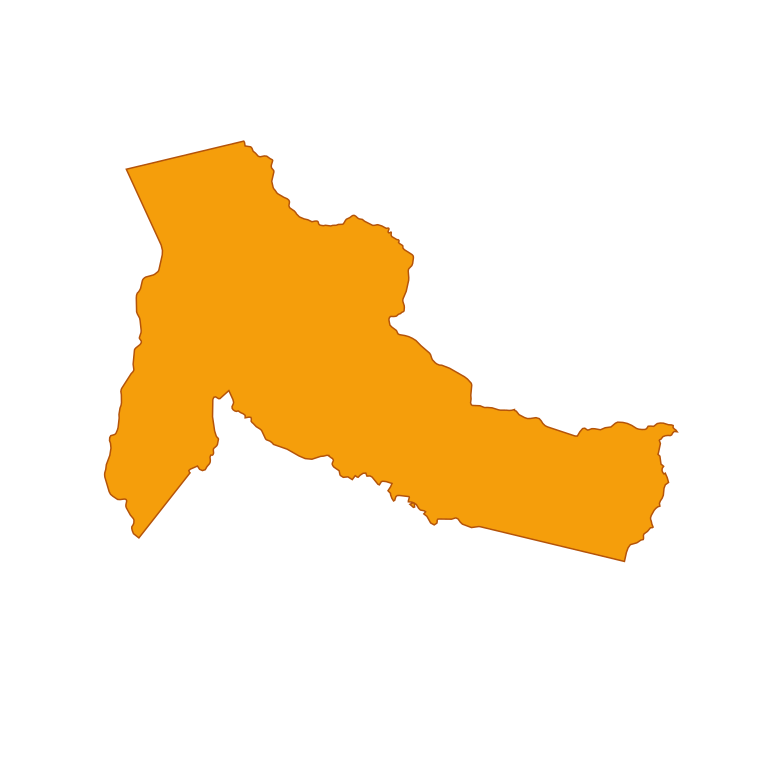 the border of Sangha, rotated 193°
{"feature_id": "COG-2880", "entity_name": "Sangha", "entity_type": "Region", "adm_level": 1, "iso_a3": "COG", "parent_name": "Republic of the Congo", "parent_adm1": "", "projection": "orthographic", "projection_center": [15.265, 1.384], "detail": "fine", "context": "isolated", "style": "filled", "palette": "amber", "viewbox_px": 768, "rotation_deg": 193, "n_neighbors": 0, "source": "natural_earth", "source_scale": "10m", "svg_char_len": 6123}
<svg xmlns="http://www.w3.org/2000/svg" viewBox="0 0 768 768"><g transform="rotate(193 384 384)"><path d="M89.9,360.4L87.0,356.5L84.6,352.1L87.2,349.1L87.7,345.4L86.8,338.4L87.3,335.2L88.4,332.3L88.8,329.7L87.7,327.0L89.6,325.9L91.2,323.9L92.4,321.6L94.0,316.0L94.2,313.5L93.6,311.7L92.8,310.6L91.5,307.8L89.6,305.1L90.2,304.4L92.0,303.9L94.1,299.7L96.9,296.5L97.2,294.9L96.4,292.1L96.4,290.8L98.6,289.7L101.4,286.6L102.3,285.9L107.8,282.9L109.3,279.3L109.9,274.4L109.8,265.2L258.3,266.6L259.7,266.4L266.5,263.8L276.1,265.1L278.5,266.5L281.5,269.2L283.7,269.7L284.5,269.4L287.7,267.5L299.7,264.9L301.1,264.5L301.6,263.1L301.2,261.7L301.2,260.3L303.4,258.0L307.3,259.1L312.4,264.7L316.0,266.4L314.7,268.8L316.2,269.5L320.2,269.4L322.3,270.7L325.3,273.8L327.6,274.7L326.5,271.0L327.6,270.4L331.7,272.6L329.6,274.3L328.6,274.7L330.1,275.2L333.8,274.7L334.0,275.8L333.8,279.2L334.3,279.9L343.7,278.9L346.0,278.3L347.1,276.9L347.4,273.1L348.4,272.2L350.6,274.4L352.6,277.4L353.1,278.9L356.1,280.9L354.5,285.2L353.8,288.9L359.9,289.4L363.2,289.0L364.6,288.3L365.8,284.7L367.3,284.9L374.6,290.6L376.9,291.3L379.9,290.4L381.7,293.1L384.3,292.3L386.7,289.8L388.2,287.3L389.2,287.3L391.4,288.2L393.4,283.7L398.3,285.4L402.7,283.9L406.0,285.1L406.7,286.1L408.2,289.4L414.2,291.8L415.4,292.8L416.3,293.9L416.6,295.1L416.1,297.9L416.3,298.6L417.5,299.9L418.3,300.0L421.9,301.6L421.8,301.9L423.6,301.7L426.5,300.2L429.5,299.2L437.3,294.5L444.0,293.6L450.7,294.8L463.7,298.7L478.2,300.3L478.9,301.0L480.5,301.9L482.4,302.7L486.0,303.2L487.1,303.9L492.9,311.3L494.8,312.3L498.9,313.7L502.5,316.1L504.0,316.9L505.1,317.9L505.4,320.2L506.2,321.5L508.0,321.4L511.7,319.8L512.2,322.2L514.4,323.3L517.4,323.9L520.0,325.0L521.6,324.1L523.4,324.2L525.1,324.9L526.4,326.0L527.0,327.8L526.4,330.7L526.4,332.3L527.7,334.9L533.7,342.7L540.6,332.8L541.9,332.5L545.2,333.6L546.8,332.8L547.3,330.4L543.7,313.5L538.5,300.2L535.8,295.6L534.5,294.4L533.5,293.9L532.9,293.1L532.7,287.5L533.2,286.0L535.5,282.8L535.5,281.4L534.5,278.4L534.7,276.8L535.2,276.1L536.8,275.7L537.1,273.6L536.1,270.8L535.8,268.9L536.1,267.1L537.9,263.7L538.9,260.3L541.4,258.8L544.5,259.4L547.3,262.1L553.5,257.5L554.7,255.8L553.9,254.4L553.0,253.8L588.2,178.9L594.4,181.8L596.3,184.5L597.3,186.6L597.6,188.1L596.7,190.7L596.5,192.4L597.0,195.1L597.9,196.4L601.7,199.3L607.2,205.4L608.0,206.8L608.3,208.2L608.4,212.2L609.2,213.4L610.4,213.6L611.4,213.4L615.1,212.0L617.6,211.6L622.9,213.6L625.6,215.0L627.6,217.3L635.1,230.6L635.8,232.7L636.1,234.5L635.9,238.2L636.4,243.0L635.1,252.8L635.6,260.1L637.2,264.8L638.7,267.1L639.2,270.1L638.6,272.2L635.7,273.8L634.7,274.6L634.1,275.6L633.4,279.4L633.3,281.8L634.4,291.3L635.4,294.8L635.8,301.1L635.4,304.2L635.6,306.8L637.5,314.5L638.7,317.5L638.8,319.6L638.5,321.0L632.7,337.2L631.2,339.8L630.9,341.5L632.9,346.9L634.8,361.1L634.5,362.3L633.8,363.5L630.6,367.5L630.1,368.7L629.8,370.2L630.3,371.4L632.5,373.3L632.8,374.3L632.3,379.6L632.7,381.7L635.9,390.9L637.0,393.3L640.1,396.8L641.3,398.7L644.7,412.1L645.1,414.9L644.8,417.1L644.0,418.3L643.3,420.0L642.7,422.3L642.7,430.2L642.5,431.4L642.0,432.5L641.2,433.6L640.2,434.6L633.2,438.4L632.0,439.5L629.4,442.8L629.0,444.7L629.1,460.0L629.9,464.3L632.4,469.3L683.4,535.3L575.3,589.1L574.3,588.1L572.9,584.7L567.6,585.1L566.6,584.8L565.6,583.9L563.9,581.4L561.1,580.0L557.9,577.7L556.4,577.5L555.6,577.6L551.9,579.3L549.5,579.6L545.7,578.0L543.4,577.4L542.9,577.0L542.7,576.6L543.0,571.8L542.7,570.3L542.0,569.1L539.5,567.2L539.0,565.9L539.0,556.3L536.3,550.7L535.4,549.5L533.5,548.1L531.4,546.1L530.1,545.4L523.7,543.4L520.0,542.7L518.4,541.9L517.8,541.4L517.0,540.1L516.8,536.4L516.0,535.1L515.5,534.5L514.1,533.9L510.3,532.4L508.5,531.1L507.5,530.0L504.0,527.8L499.0,526.9L495.2,526.9L490.7,525.9L487.9,527.2L486.4,527.6L485.4,527.6L484.7,527.2L483.5,525.1L482.4,524.5L481.2,524.4L478.7,524.6L476.7,525.5L471.5,526.0L469.5,527.1L466.3,527.9L464.4,529.2L460.3,530.3L459.7,530.9L459.1,532.3L458.4,534.7L457.7,536.1L454.8,538.4L452.7,540.9L451.8,541.4L450.8,541.6L449.2,541.1L446.8,539.7L445.2,539.3L442.1,539.5L439.5,538.2L430.6,536.0L428.6,536.6L426.4,537.7L425.4,537.8L421.6,537.5L416.9,536.2L414.9,536.9L414.3,536.7L414.0,536.1L414.3,533.5L414.1,532.9L413.5,532.4L412.9,532.4L411.4,533.6L411.0,533.3L410.6,530.7L409.6,529.4L403.9,527.6L402.6,527.8L401.8,527.3L401.5,526.8L401.6,525.1L400.1,524.2L397.7,523.4L396.8,522.9L396.1,520.7L394.5,519.5L385.8,516.4L384.9,515.8L384.2,515.1L383.7,513.5L383.2,507.9L383.5,505.7L385.7,502.0L385.9,501.2L385.8,499.5L383.8,493.2L383.3,490.6L383.2,479.4L384.6,471.4L384.6,470.1L384.2,468.7L381.9,464.8L381.4,463.2L380.9,459.8L381.4,458.9L382.9,457.7L383.7,456.4L385.6,455.2L387.0,453.2L387.6,452.7L389.8,451.9L392.5,451.4L393.1,451.0L393.7,449.6L393.8,448.4L393.4,447.0L391.5,442.8L389.3,441.3L383.9,438.9L381.7,436.1L380.6,435.7L379.4,435.6L374.5,435.9L370.5,435.7L366.6,434.9L362.6,433.5L356.7,429.7L346.5,424.3L345.2,423.0L343.4,420.0L342.3,418.5L338.9,416.2L337.0,415.4L334.3,414.9L331.9,415.3L323.6,414.1L307.1,409.1L303.8,407.6L299.2,404.4L298.6,403.4L298.2,402.3L296.9,392.6L295.8,389.0L295.4,385.1L294.5,383.7L293.8,383.2L293.0,383.0L285.6,384.4L281.1,383.7L280.2,383.8L278.0,384.4L273.3,385.1L266.6,384.6L264.7,384.7L258.9,386.0L256.0,386.4L253.5,387.2L251.1,388.5L250.8,387.6L249.0,387.3L245.5,384.5L239.5,382.9L236.5,382.6L233.7,383.3L228.3,385.4L225.0,385.2L222.6,383.5L220.4,381.3L217.6,379.6L215.0,379.0L186.1,376.3L183.9,376.8L182.4,381.5L180.5,385.2L180.0,385.5L178.4,386.1L175.4,384.9L174.3,385.3L171.5,387.2L168.7,387.8L162.8,388.1L158.7,391.1L153.2,393.2L149.7,397.9L147.7,399.4L142.6,400.3L138.0,400.3L133.3,399.4L127.9,397.5L125.6,397.3L122.3,397.7L119.3,398.5L118.1,399.6L117.1,402.3L114.5,403.0L111.7,403.4L108.9,406.9L106.1,408.1L102.9,408.7L97.7,408.3L94.6,408.8L92.9,408.6L92.5,406.5L91.0,405.5L89.2,404.8L87.6,403.4L90.5,403.1L91.7,401.2L92.3,399.1L93.5,398.1L95.6,397.8L98.2,396.9L100.4,395.4L101.8,392.4L102.8,391.8L103.1,391.0L101.3,388.2L101.1,378.5L101.3,377.2L98.9,375.7L96.1,368.3L93.0,366.7L93.9,364.5L93.7,362.4L92.6,360.6L90.9,359.3L89.9,360.4Z" fill="#f59e0b" stroke="#b45309" stroke-width="1.5"/></g></svg>